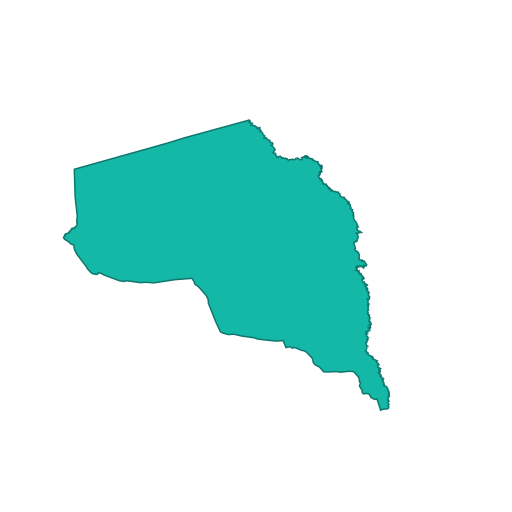 Narok West, Rift Valley, Kenya, rotated 127°
{"feature_id": "3690345B77596051964159", "entity_name": "Narok West", "entity_type": "district", "adm_level": 2, "iso_a3": "KEN", "parent_name": "Kenya", "parent_adm1": "Rift Valley", "projection": "equal_earth", "projection_center": [35.345, -1.322], "detail": "fine", "context": "isolated", "style": "filled", "palette": "teal", "viewbox_px": 512, "rotation_deg": 127, "n_neighbors": 0, "source": "geoboundaries", "source_scale": "gbopen_adm2", "svg_char_len": 6080}
<svg xmlns="http://www.w3.org/2000/svg" viewBox="0 0 512 512"><g transform="rotate(127 256 256)"><path d="M247.1,120.3L245.7,121.8L246.0,124.0L245.6,123.1L244.9,122.8L245.3,121.9L244.6,121.3L242.7,122.7L242.9,124.2L241.1,122.9L240.8,123.2L240.7,124.0L239.8,124.9L240.5,125.4L239.5,127.0L238.6,126.7L237.9,127.8L237.0,127.6L237.1,127.9L235.6,129.5L236.0,130.1L235.4,130.6L234.9,130.4L235.1,132.4L233.8,132.3L232.5,134.1L231.3,133.6L230.4,135.2L228.7,135.8L228.5,136.8L227.6,136.6L227.2,137.6L226.3,136.9L226.0,138.4L225.1,139.2L223.6,140.1L223.1,139.8L223.4,141.1L221.4,140.0L220.3,140.6L219.5,143.1L218.2,143.4L217.8,142.8L217.9,143.7L217.0,143.9L216.8,144.6L217.3,145.9L216.6,146.8L215.9,147.1L215.6,146.6L215.0,147.3L215.7,147.9L214.8,148.3L215.1,148.8L214.3,149.1L214.4,150.5L214.1,151.2L213.2,150.5L212.6,150.7L212.1,148.8L212.3,152.2L212.8,152.7L211.6,153.8L212.1,154.1L212.2,155.4L211.6,156.4L210.5,156.9L210.0,156.5L209.9,157.5L208.6,156.6L208.5,158.3L208.0,158.4L207.9,160.0L207.1,161.1L207.9,161.2L208.2,162.1L207.4,162.5L207.5,163.4L207.1,163.2L207.0,164.0L206.0,164.7L206.8,164.9L207.2,167.4L206.3,166.5L205.5,168.0L204.4,168.0L204.3,168.5L205.0,169.0L204.1,169.6L203.0,168.7L203.3,168.2L202.9,167.6L202.7,168.5L201.2,166.9L201.4,166.2L200.8,166.0L200.8,163.5L200.2,164.3L199.8,164.1L200.1,163.1L199.5,163.1L198.5,164.1L198.6,163.5L197.6,162.0L196.5,162.2L194.9,166.7L195.7,168.0L196.5,168.2L196.0,169.1L195.5,168.4L195.3,168.7L196.5,170.2L196.7,171.5L196.1,172.3L195.6,172.2L194.7,173.2L193.3,173.8L191.8,175.9L192.2,176.9L191.4,177.2L191.8,180.7L191.2,181.3L190.1,181.1L186.4,186.2L185.5,185.4L184.4,185.4L184.2,184.5L183.5,184.3L179.2,185.9L178.3,187.0L177.3,189.6L176.6,188.3L174.7,187.2L173.8,186.1L173.7,187.4L174.4,189.7L173.3,192.1L172.1,192.8L171.5,191.9L171.0,193.2L170.3,193.3L170.1,194.4L169.1,195.3L168.2,198.9L166.7,201.3L165.4,201.8L165.2,203.0L164.4,202.8L163.7,203.9L162.7,204.1L162.6,206.1L160.9,206.8L161.3,208.1L161.2,209.1L160.0,209.5L159.7,210.4L158.2,211.7L158.9,214.2L157.6,213.6L156.9,214.3L157.0,215.1L157.7,215.1L156.7,218.3L157.2,219.7L156.0,220.6L157.8,223.9L155.9,226.7L156.0,228.3L155.5,228.9L156.7,230.1L156.5,231.1L157.6,232.6L157.9,234.6L158.4,234.6L158.8,235.6L157.8,235.5L158.2,236.4L157.6,237.0L157.9,237.4L157.4,238.5L158.0,238.5L157.7,238.8L158.1,239.3L157.4,240.0L157.6,240.8L157.0,241.4L157.2,242.0L156.3,243.1L157.9,244.5L158.1,245.3L157.5,245.3L157.5,246.0L157.2,245.9L156.5,248.9L156.1,248.3L155.6,248.5L155.7,249.4L155.2,250.6L156.0,251.8L155.6,252.2L155.2,251.6L155.4,252.6L154.6,254.3L153.8,254.7L153.4,253.9L152.0,254.1L151.9,255.3L151.0,255.6L151.3,254.6L150.8,254.9L149.2,254.2L149.2,255.0L148.7,254.7L148.2,255.7L147.2,255.9L147.3,256.9L146.4,257.9L146.0,257.8L145.9,256.4L145.5,256.7L145.6,257.4L144.4,257.3L144.1,258.3L145.3,259.1L145.5,259.9L144.9,260.1L144.7,261.7L144.1,262.9L143.5,263.2L144.7,265.7L144.9,267.2L144.6,267.7L145.3,268.2L145.3,268.9L144.5,269.7L145.8,271.8L145.6,272.9L146.4,273.5L145.2,274.4L145.2,274.7L145.9,274.8L145.6,275.8L146.1,276.9L146.7,277.1L146.6,276.4L147.4,275.2L148.2,277.5L149.9,278.8L150.3,277.9L151.5,277.3L152.6,278.9L152.8,281.8L154.3,283.0L155.2,282.9L156.3,283.6L156.9,285.4L158.0,285.9L158.5,287.0L160.2,287.7L159.6,289.4L160.2,290.2L160.1,291.3L161.1,291.8L161.2,293.6L162.2,294.0L161.7,296.8L164.6,298.4L163.8,299.2L163.9,300.7L162.3,302.2L163.3,304.1L163.2,304.7L159.4,304.8L158.3,309.0L158.6,310.4L156.5,309.9L155.9,310.6L155.8,311.6L156.5,312.5L156.2,314.1L155.3,314.6L156.0,316.2L156.1,318.1L155.4,318.6L156.9,320.7L154.9,321.2L154.7,323.6L153.5,325.3L154.1,327.9L152.7,327.8L152.7,329.6L151.3,329.9L151.1,330.4L153.6,331.6L152.5,332.7L153.0,334.6L152.6,335.3L154.6,338.7L152.2,338.7L153.4,341.6L153.0,342.3L151.9,341.7L151.4,343.1L203.3,383.2L219.7,395.1L296.1,453.3L317.9,435.8L331.6,422.8L335.5,420.5L339.3,417.3L341.9,418.0L342.9,417.6L343.8,419.0L344.6,418.8L345.0,419.7L347.4,419.3L348.7,420.0L349.8,419.0L350.6,420.0L352.0,420.3L352.6,421.3L354.3,421.5L354.6,420.6L355.3,421.1L357.3,420.7L357.8,418.8L357.4,414.5L357.8,411.3L357.1,408.5L357.4,407.7L359.9,405.1L362.3,400.4L367.0,383.8L367.6,383.2L368.5,377.9L368.5,375.8L366.5,372.0L365.6,371.5L364.3,371.8L363.8,371.2L363.1,369.4L362.6,365.9L357.9,350.0L355.5,345.7L354.2,345.2L353.4,344.1L347.0,332.5L343.0,327.8L339.0,321.5L323.4,306.2L312.4,293.7L313.9,289.4L315.2,288.3L315.2,282.8L317.6,271.7L319.5,268.0L322.3,265.7L332.6,248.8L338.0,238.6L337.4,235.7L335.3,230.6L332.0,227.0L328.1,218.4L322.6,208.6L321.5,205.1L319.1,200.8L312.0,189.0L307.3,183.4L311.1,176.9L308.0,174.3L307.7,171.4L305.8,170.2L304.0,163.1L302.7,160.2L302.4,157.5L303.7,150.2L304.6,148.2L306.5,146.4L307.3,143.5L306.5,138.3L307.7,132.6L307.2,131.3L304.7,128.0L300.2,122.6L297.7,118.3L291.7,111.9L289.6,108.3L291.0,101.2L292.2,99.4L294.0,97.9L294.6,96.1L297.5,95.2L299.6,90.2L300.8,89.4L301.5,87.8L301.2,86.9L299.5,85.3L298.1,82.8L299.8,79.1L299.4,75.9L298.5,74.1L297.4,73.3L304.2,63.6L302.1,62.5L298.8,58.9L297.4,58.7L296.3,59.5L296.0,60.6L294.5,60.5L294.1,62.0L293.0,62.8L292.0,62.5L292.1,63.3L291.5,63.2L291.1,64.8L289.0,65.1L288.7,65.7L288.4,65.1L287.4,65.2L286.8,65.7L286.6,66.9L285.8,66.8L285.6,67.6L284.6,67.7L284.5,68.8L284.0,68.8L283.9,69.7L282.4,71.2L282.5,72.1L282.0,72.5L281.8,73.5L282.4,75.5L281.9,75.4L281.5,76.5L281.8,76.7L280.2,77.5L280.4,78.9L279.3,79.3L279.2,80.2L278.8,79.7L278.3,80.2L277.3,80.2L277.5,83.9L276.9,83.7L276.8,84.5L276.3,84.1L275.6,85.3L275.7,87.9L275.1,87.7L275.1,86.9L274.0,88.3L274.0,87.3L273.7,87.2L272.9,87.5L272.8,88.7L272.3,88.5L272.1,89.7L271.0,89.1L271.6,91.8L270.6,92.2L270.0,93.2L269.1,93.1L268.8,92.5L268.3,93.8L268.6,95.0L268.2,96.0L266.8,96.0L267.9,101.0L266.9,101.0L266.3,102.5L266.9,102.8L266.6,103.4L267.3,106.6L267.0,107.6L266.0,107.8L266.7,109.6L265.8,110.0L266.0,111.3L263.9,111.7L261.3,113.1L260.9,112.7L260.8,114.0L259.4,116.0L258.4,115.5L257.8,116.2L256.7,116.1L255.7,116.9L255.3,116.4L254.8,117.3L254.0,117.6L253.7,117.3L253.2,119.5L252.3,120.8L251.3,120.2L251.5,122.1L250.3,122.5L249.5,120.9L248.4,121.6L247.1,120.3Z" fill="#14b8a6" stroke="#0f766e" stroke-width="1.5"/></g></svg>